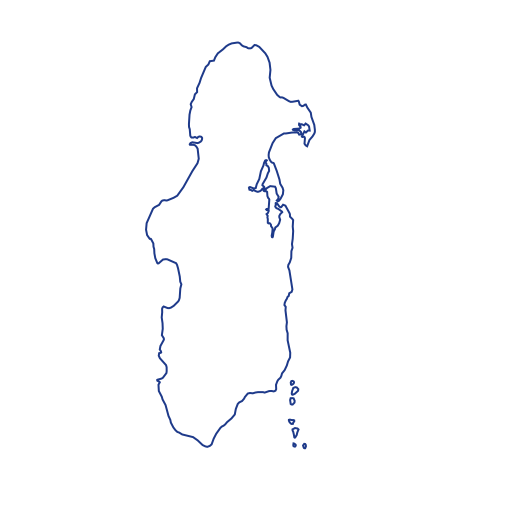 outline of Utila, Islas de la Bahía, Honduras, rotated 292°
{"feature_id": "27666195B66203278575702", "entity_name": "Utila", "entity_type": "district", "adm_level": 2, "iso_a3": "HND", "parent_name": "Honduras", "parent_adm1": "Islas de la Bahía", "projection": "albers", "projection_center": [-86.928, 16.088], "detail": "fine", "context": "isolated", "style": "outline", "palette": "blue", "viewbox_px": 512, "rotation_deg": 292, "n_neighbors": 0, "source": "geoboundaries", "source_scale": "gbopen_adm2", "svg_char_len": 6128}
<svg xmlns="http://www.w3.org/2000/svg" viewBox="0 0 512 512"><g transform="rotate(292 256 256)"><path d="M348.7,147.1L342.9,150.0L342.1,150.9L341.7,151.8L342.3,153.5L343.5,154.8L343.3,157.2L344.9,157.9L345.8,159.1L346.0,160.7L345.3,161.8L344.2,162.2L342.7,162.3L341.4,161.9L339.8,160.7L338.8,159.6L337.6,154.4L336.2,153.0L334.8,152.7L334.4,153.1L335.7,156.4L335.8,158.0L335.1,159.7L333.6,161.7L324.7,166.5L320.1,167.0L310.9,165.2L292.6,162.9L282.4,160.4L279.1,157.8L274.4,153.0L273.9,152.2L273.4,150.0L272.3,148.4L271.2,147.8L267.1,147.0L263.3,143.8L261.3,142.8L245.5,142.3L239.2,144.2L234.6,147.2L232.3,150.7L232.1,151.2L232.5,151.9L232.4,152.3L229.2,156.1L226.2,157.5L224.3,159.0L220.4,160.8L216.3,163.4L212.5,167.1L212.3,167.9L212.8,168.5L217.9,171.1L219.3,173.6L219.7,175.1L219.4,184.6L218.2,186.1L215.3,188.4L208.4,193.0L203.8,195.4L201.8,197.4L197.5,198.0L188.6,200.9L186.3,201.1L184.8,200.9L179.0,198.4L176.2,196.4L175.1,195.0L174.6,193.5L174.6,189.3L173.4,188.7L171.9,188.7L168.7,190.1L163.7,191.6L158.7,194.5L153.6,196.8L147.3,198.4L145.3,201.2L144.4,201.8L143.4,201.9L136.8,201.1L133.3,201.8L132.0,203.6L131.1,204.2L130.6,204.0L129.6,202.6L127.1,203.2L125.2,205.2L121.1,213.5L119.4,214.8L115.8,216.3L113.9,216.8L108.3,215.3L107.0,214.4L104.4,211.0L104.0,210.8L103.4,211.3L103.2,213.6L102.9,214.1L100.1,213.8L94.4,216.5L90.2,221.4L88.0,223.1L83.9,228.0L74.9,234.8L72.0,237.9L69.6,239.5L66.1,243.6L64.3,246.6L63.4,249.0L63.5,250.9L62.9,254.4L64.5,265.5L63.2,271.0L60.7,277.3L60.5,280.3L60.8,282.3L62.6,284.3L64.7,285.4L70.8,285.2L76.3,285.7L83.4,287.4L85.2,288.3L86.5,289.5L88.3,290.5L91.1,291.4L96.2,294.1L101.1,295.7L106.6,294.6L112.0,294.5L114.0,295.3L116.3,297.4L119.3,298.4L121.0,298.5L125.4,299.9L126.7,301.7L127.5,304.5L129.2,306.6L130.5,308.8L132.4,313.5L132.6,315.2L135.7,318.8L136.7,321.0L137.1,323.2L138.4,324.5L140.1,324.6L144.1,322.8L147.9,322.7L149.6,323.0L152.4,324.3L154.4,324.4L156.9,324.1L160.9,325.3L166.0,325.6L170.3,325.2L174.7,325.6L179.1,324.0L189.7,316.9L196.2,314.3L199.1,312.0L202.3,310.5L206.1,309.5L216.6,303.7L220.0,302.6L221.2,300.7L223.4,300.2L226.3,300.3L227.4,300.6L230.0,300.6L231.2,301.3L233.9,300.8L236.1,302.5L238.6,302.3L255.1,292.4L257.9,289.8L259.9,289.3L262.7,289.7L267.4,289.4L273.8,287.0L277.3,286.8L280.5,284.9L285.7,283.6L293.1,281.1L297.1,279.0L303.2,277.0L303.9,275.9L305.2,272.8L307.4,271.8L308.2,271.1L313.7,264.4L313.7,261.9L310.8,261.1L310.3,260.4L310.7,258.9L312.5,256.1L312.7,255.0L312.5,254.5L311.6,254.7L310.9,255.3L309.3,255.2L308.4,256.1L308.0,257.2L308.0,259.1L306.9,263.5L306.5,263.9L304.0,262.8L301.9,262.6L300.8,263.0L298.7,264.8L295.0,265.2L292.2,264.8L289.6,263.2L288.3,263.5L285.3,263.2L280.2,264.4L279.6,264.3L279.5,263.8L280.5,263.0L283.9,262.3L287.8,261.1L289.3,258.8L290.5,258.2L291.4,256.9L291.5,256.3L290.9,255.3L291.2,254.5L294.7,253.1L296.1,252.1L297.6,251.8L298.8,250.1L300.3,250.9L302.6,250.9L303.3,250.5L302.6,248.7L303.0,248.0L303.6,248.3L304.2,249.6L305.0,249.9L313.3,247.2L314.0,246.5L314.4,245.5L315.9,244.1L319.6,242.3L319.9,241.4L319.3,239.8L319.3,238.8L319.7,238.4L321.1,237.7L321.3,237.2L320.7,236.7L319.1,236.3L317.6,235.4L316.2,233.7L316.0,232.2L316.2,229.0L315.0,228.1L315.3,226.6L315.0,225.1L316.6,223.9L317.2,224.0L317.7,224.6L317.8,228.8L318.9,230.3L322.8,229.8L328.6,230.2L336.4,228.8L342.8,229.0L345.2,228.6L347.9,228.7L348.5,229.2L348.8,230.0L348.7,230.2L347.1,229.6L346.5,229.7L345.4,231.1L344.0,231.6L343.7,233.5L342.5,234.9L339.8,236.3L337.2,236.0L332.6,236.3L325.2,235.2L324.0,235.4L323.2,237.6L322.3,238.4L321.0,238.8L320.7,239.5L321.3,240.0L323.1,240.7L326.1,243.0L327.4,247.7L326.3,249.0L321.6,251.8L319.4,254.8L317.4,255.2L315.2,254.5L314.8,255.7L315.8,256.6L318.3,257.3L323.3,257.8L327.2,256.7L329.2,255.1L332.0,251.4L335.7,249.1L342.6,243.4L348.4,238.0L348.8,237.4L348.6,235.9L349.0,234.6L350.4,232.7L352.3,230.9L354.3,229.9L356.9,229.2L366.9,229.1L372.7,230.2L380.1,236.0L380.8,237.8L384.0,243.2L385.9,247.6L386.0,249.0L384.7,250.6L385.6,252.1L386.7,252.0L387.8,251.3L388.7,249.1L387.0,244.5L386.8,243.1L387.1,242.8L387.9,243.4L390.2,248.1L391.6,249.3L392.3,249.1L393.6,246.8L394.9,246.4L395.0,246.9L394.2,248.2L395.3,249.0L395.2,251.7L397.4,252.4L396.7,255.6L395.9,256.7L392.4,258.8L391.8,257.2L389.2,256.0L389.7,254.2L383.9,253.8L383.7,254.4L384.6,255.9L384.3,256.7L383.4,257.3L378.3,258.9L377.2,260.6L376.9,262.3L383.6,262.1L388.0,263.6L391.4,264.2L393.1,264.1L395.1,263.3L399.4,260.9L405.7,255.3L409.4,253.1L412.9,247.9L415.1,245.5L414.8,244.8L412.9,243.6L412.1,242.5L412.7,239.8L415.2,237.9L415.8,237.1L412.7,232.1L411.9,230.4L411.9,228.6L412.9,222.2L412.8,220.6L412.2,219.4L412.2,218.5L413.3,215.3L417.2,209.5L419.8,206.6L426.4,201.9L433.9,199.7L440.3,196.2L444.9,192.1L447.4,188.7L451.1,180.7L451.5,177.4L451.1,175.6L447.1,173.9L446.4,172.9L445.8,171.4L445.7,170.3L446.1,169.1L445.7,165.9L446.0,164.0L447.2,161.4L447.3,159.9L446.9,158.7L444.0,153.8L441.7,151.5L439.3,149.8L435.3,148.0L429.6,144.7L425.1,143.8L421.4,143.8L419.3,140.2L415.7,140.1L412.5,138.6L400.4,138.4L395.4,138.8L389.4,138.5L385.9,140.0L383.0,138.8L378.2,139.5L374.8,138.7L372.3,138.6L369.9,140.5L366.4,140.6L362.2,141.4L353.2,144.4L350.5,145.6L348.7,147.1ZM105.2,360.8L107.8,360.4L111.1,360.4L111.6,359.1L111.1,356.6L108.9,354.8L107.9,355.3L106.9,356.4L104.9,357.8L102.2,359.5L102.1,360.0L102.4,360.3L105.2,360.8ZM146.8,345.5L148.4,345.1L149.4,343.0L149.1,341.5L147.6,340.0L144.3,340.1L142.0,340.6L141.1,341.2L141.1,342.0L142.8,343.6L146.8,345.5ZM134.5,346.6L136.2,346.1L138.1,344.2L137.9,343.1L137.1,341.4L135.2,341.6L131.8,343.6L131.6,344.5L132.0,345.6L134.5,346.6ZM117.1,353.4L117.9,353.0L117.9,352.2L117.2,350.3L117.0,348.7L116.4,347.9L116.1,348.0L115.6,348.2L114.5,349.4L113.7,351.1L113.6,351.9L114.2,353.1L115.4,352.9L117.1,353.4ZM152.5,338.7L153.3,338.5L153.8,337.9L153.9,336.7L153.3,335.7L151.8,335.6L149.9,336.6L149.8,337.2L150.1,337.6L151.4,338.5L152.5,338.7ZM96.2,373.6L98.2,373.6L99.5,372.9L100.1,372.1L99.9,371.1L98.0,370.6L96.7,371.6L96.0,372.3L95.9,372.9L96.2,373.6ZM94.9,363.9L95.6,363.7L96.0,363.2L96.4,361.7L96.3,361.0L94.6,361.4L93.7,362.1L93.8,363.5L94.9,363.9Z" fill="none" stroke="#1e3a8a" stroke-width="2"/></g></svg>